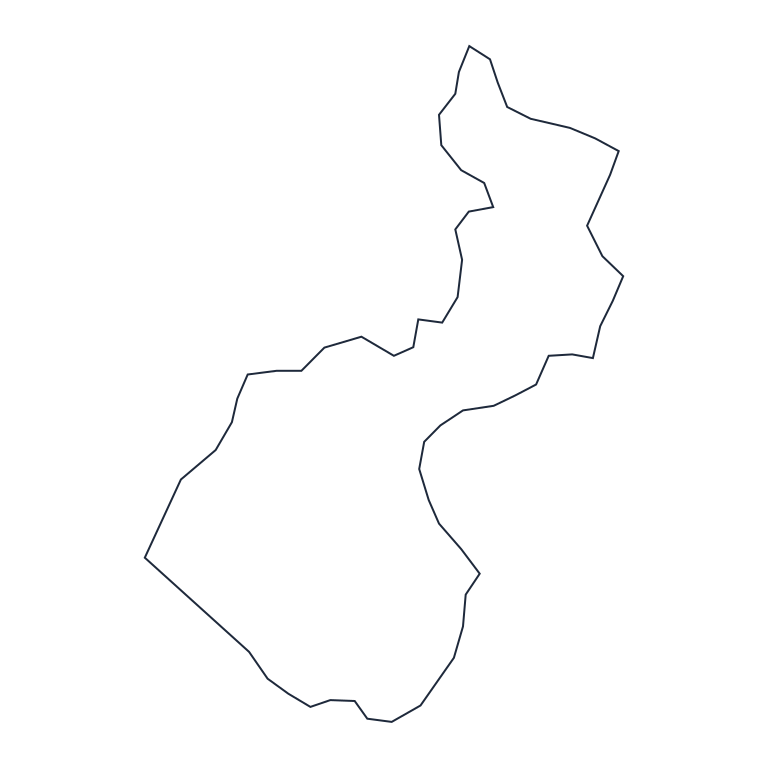 Bayeux, Paraíba, Brazil (orthographic projection)
{"feature_id": "56859067B44208898330061", "entity_name": "Bayeux", "entity_type": "district", "adm_level": 2, "iso_a3": "BRA", "parent_name": "Brazil", "parent_adm1": "Paraíba", "projection": "orthographic", "projection_center": [-34.916, -7.125], "detail": "fine", "context": "isolated", "style": "outline", "palette": "slate", "viewbox_px": 768, "rotation_deg": 0, "n_neighbors": 0, "source": "geoboundaries", "source_scale": "gbopen_adm2", "svg_char_len": 926}
<svg xmlns="http://www.w3.org/2000/svg" viewBox="0 0 768 768"><path d="M618.7,151.1L595.2,138.4L569.9,127.9L530.7,118.8L507.2,107.0L497.7,82.5L490.0,59.3L469.3,46.1L458.9,72.0L455.3,93.8L439.0,114.8L441.3,145.2L461.2,170.2L484.2,183.0L493.2,207.1L468.8,211.6L455.3,229.4L462.1,259.8L457.6,297.1L442.2,322.6L418.3,319.4L413.3,347.2L393.9,355.8L361.4,336.7L324.4,347.6L301.4,370.8L276.6,370.8L247.7,374.5L237.3,398.6L231.9,422.2L215.7,450.0L180.9,479.5L144.8,557.7L249.1,651.9L267.6,678.7L288.3,693.7L310.4,706.9L330.3,700.1L354.7,701.0L367.3,718.7L391.7,721.9L420.5,705.5L434.5,685.5L453.9,657.8L463.0,626.4L465.7,594.6L479.7,573.7L461.2,549.1L439.0,523.6L428.7,500.0L419.2,469.0L424.2,441.8L440.4,425.4L463.0,410.4L493.7,405.8L515.3,395.4L536.1,384.5L548.7,355.8L572.2,354.4L592.9,358.1L600.2,326.2L612.8,300.8L623.2,276.2L602.4,256.2L587.1,225.7L610.1,174.8L618.7,151.1Z" fill="none" stroke="#1e293b" stroke-width="2"/></svg>